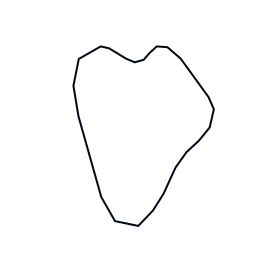 an SVG outline of Kosrae, rotated 295°
{"feature_id": "FSM-4944", "entity_name": "Kosrae", "entity_type": "state/province", "adm_level": 1, "iso_a3": "FSM", "parent_name": "Federated States of Micronesia", "parent_adm1": "", "projection": "orthographic", "projection_center": [162.997, 5.325], "detail": "fine", "context": "isolated", "style": "outline", "palette": "ink", "viewbox_px": 256, "rotation_deg": 295, "n_neighbors": 0, "source": "natural_earth", "source_scale": "10m", "svg_char_len": 443}
<svg xmlns="http://www.w3.org/2000/svg" viewBox="0 0 256 256"><g transform="rotate(295 128 128)"><path d="M190.4,106.3L196.3,113.3L205.5,116.0L214.1,119.6L217.9,129.6L213.1,146.5L190.0,188.0L181.3,197.9L163.0,201.8L146.8,197.7L130.8,191.2L112.3,187.8L83.4,188.0L63.8,185.5L43.6,178.7L38.1,155.6L54.1,133.0L117.5,78.3L143.2,60.7L169.8,54.2L190.4,68.8L192.2,77.0L190.0,97.3L190.4,106.3Z" fill="none" stroke="#020617" stroke-width="2"/></g></svg>